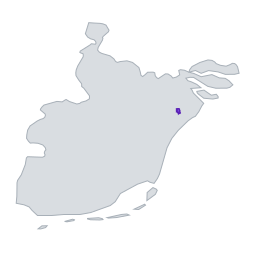 Schiedam, Zuid-Holland, Netherlands (highlighted), rotated 182°
{"feature_id": "6326949B24591073914340", "entity_name": "Schiedam", "entity_type": "district", "adm_level": 2, "iso_a3": "NLD", "parent_name": "Netherlands", "parent_adm1": "Zuid-Holland", "projection": "robinson", "projection_center": [4.387, 51.93], "detail": "fine", "context": "in_parent", "style": "filled", "palette": "violet", "viewbox_px": 256, "rotation_deg": 182, "n_neighbors": 0, "source": "geoboundaries", "source_scale": "gbopen_adm2", "svg_char_len": 3738}
<svg xmlns="http://www.w3.org/2000/svg" viewBox="0 0 256 256"><g transform="rotate(182 128 128)"><path d="M170.9,231.9L165.1,231.7L159.6,231.6L156.7,231.2L153.6,230.1L152.2,227.9L150.4,225.1L150.9,223.5L156.0,218.7L156.7,217.4L156.2,216.7L156.7,214.7L160.6,207.6L161.1,204.8L159.3,202.8L156.7,201.6L148.5,199.5L144.5,196.6L142.7,194.0L140.9,193.2L138.2,194.1L131.4,195.1L125.8,193.7L119.2,188.8L117.7,184.4L116.9,181.1L115.2,179.9L113.0,181.7L110.3,184.4L104.8,184.7L103.2,184.1L102.9,182.6L102.6,181.1L101.1,179.3L99.5,178.4L92.5,183.4L89.9,183.4L86.6,181.4L85.0,179.5L81.4,180.6L78.2,182.9L79.3,187.3L77.6,188.1L73.6,187.7L69.1,185.9L64.1,184.8L56.6,181.8L46.0,184.3L38.6,181.3L32.5,181.0L28.7,178.7L24.7,174.8L27.6,172.2L30.4,171.3L41.6,170.8L49.7,172.4L64.3,180.9L68.0,180.8L71.9,179.8L69.9,177.4L66.2,176.3L60.8,174.0L56.5,170.8L66.7,169.7L65.3,168.1L63.9,165.2L53.2,155.3L55.0,152.6L57.8,146.8L61.1,142.0L63.8,140.7L68.2,137.3L77.7,127.4L83.8,119.2L88.3,109.6L94.9,83.1L96.8,78.6L100.0,73.6L104.0,74.5L106.7,75.9L116.5,72.2L133.3,62.3L138.2,53.9L143.0,49.9L162.3,42.2L172.9,39.9L189.3,39.3L201.1,37.9L215.4,37.4L220.9,42.2L224.1,45.7L229.2,47.6L237.1,48.9L236.7,55.8L237.0,69.4L236.5,71.8L233.0,77.5L229.4,87.8L228.5,94.5L227.4,95.8L212.4,95.8L210.3,96.9L210.0,98.4L210.8,100.1L210.4,101.9L209.3,103.3L210.0,105.5L212.6,108.1L217.4,109.6L222.5,109.8L225.1,109.5L227.0,111.3L229.0,114.1L228.9,117.6L228.2,122.4L225.9,126.7L219.0,131.8L215.9,133.5L213.0,134.5L211.6,135.8L211.0,137.5L211.2,139.0L216.2,143.0L216.1,143.9L214.7,146.0L212.8,148.0L200.0,152.1L194.7,151.8L191.7,153.9L190.8,154.3L187.4,152.4L180.0,150.2L177.1,150.9L175.6,152.1L170.9,153.6L167.6,155.8L167.6,158.8L173.6,166.3L175.7,167.8L175.9,170.6L178.8,174.1L181.8,178.5L182.1,181.3L181.8,184.2L180.4,188.2L175.3,197.6L175.2,199.5L175.7,200.8L177.5,201.2L178.8,201.9L178.4,203.2L168.8,209.7L167.6,210.9L163.5,210.6L162.9,211.7L163.4,213.4L165.0,215.0L168.5,215.8L171.5,217.5L173.9,220.7L170.9,231.9ZM69.1,185.9L68.3,188.6L66.1,191.7L58.4,196.0L50.5,198.8L46.4,198.5L43.6,197.0L42.1,195.4L37.9,193.9L32.1,193.2L28.4,194.8L25.9,196.3L23.6,196.1L21.9,194.8L20.6,192.8L18.9,186.6L23.3,185.4L32.6,185.0L39.9,187.2L49.5,188.2L56.8,185.2L62.6,187.8L69.1,185.9ZM53.3,160.4L58.9,164.4L60.1,165.6L60.5,167.0L53.4,168.5L45.9,163.7L40.9,164.8L39.0,162.5L39.0,161.1L44.2,159.9L53.3,160.4ZM106.6,64.2L101.0,69.3L97.6,67.9L96.6,66.7L98.3,62.7L106.6,56.1L106.6,64.2ZM131.3,41.4L126.1,42.0L123.7,41.0L136.4,38.1L144.4,37.3L145.8,37.7L131.3,41.4ZM165.3,36.2L154.2,37.3L150.5,36.5L149.8,35.6L152.9,35.1L162.3,35.0L165.3,35.7L165.3,36.2ZM119.1,47.1L108.7,52.4L107.8,51.5L114.5,46.9L119.1,47.1ZM210.6,27.2L205.4,27.5L206.9,25.6L211.7,24.1L214.3,24.1L210.6,27.2ZM188.1,32.4L180.2,34.9L178.3,34.4L178.8,33.6L185.7,32.1L188.1,32.4Z" fill="#d9dde1" stroke="#a8b0b8" stroke-width="1"/><path d="M77.9,144.2L77.8,144.3L77.7,144.3L77.1,144.4L77.1,144.5L77.2,144.8L76.9,144.9L76.7,144.9L76.7,145.0L76.4,145.0L76.5,145.4L76.5,145.5L76.7,145.8L76.8,145.9L76.8,146.0L77.0,146.3L77.0,146.5L77.0,146.8L76.9,146.9L76.9,147.1L77.0,147.1L77.1,147.3L77.2,147.5L77.2,147.8L77.3,147.9L77.3,148.0L77.4,148.3L77.4,148.5L77.4,148.8L77.5,148.9L77.9,148.9L78.2,149.0L78.4,149.0L78.5,149.0L78.8,149.0L79.0,149.0L79.2,148.9L79.6,148.8L79.9,148.8L79.8,148.6L80.0,148.4L79.9,148.3L79.8,148.2L79.7,148.1L79.6,147.9L79.8,147.9L80.0,147.8L80.0,147.7L80.1,147.4L80.1,147.2L79.8,146.9L79.7,146.7L79.6,146.4L79.6,146.2L79.8,146.2L80.0,146.1L80.0,145.9L79.9,145.9L79.9,146.0L79.7,146.0L79.4,146.1L79.2,146.0L79.1,145.9L78.8,145.7L78.7,145.6L78.8,145.5L78.8,145.4L78.6,145.5L78.4,145.5L78.4,145.4L78.3,145.2L78.2,145.0L78.2,144.8L78.1,144.7L77.9,144.3L77.9,144.2Z" fill="#8b5cf6" stroke="#5b21b6" stroke-width="1.5"/></g></svg>